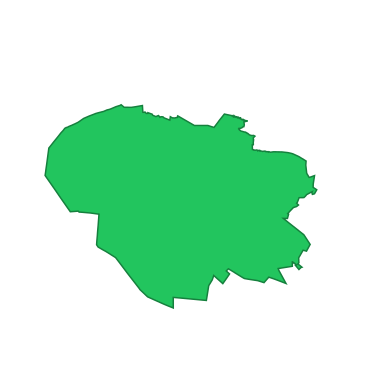 the district of Galeana, Nuevo León, Mexico, rotated 320°
{"feature_id": "50627088B33485633173857", "entity_name": "Galeana", "entity_type": "district", "adm_level": 2, "iso_a3": "MEX", "parent_name": "Mexico", "parent_adm1": "Nuevo León", "projection": "natural_earth1", "projection_center": [-100.187, 24.755], "detail": "fine", "context": "isolated", "style": "filled", "palette": "green", "viewbox_px": 384, "rotation_deg": 320, "n_neighbors": 0, "source": "geoboundaries", "source_scale": "gbopen_adm2", "svg_char_len": 5094}
<svg xmlns="http://www.w3.org/2000/svg" viewBox="0 0 384 384"><g transform="rotate(320 192 192)"><path d="M90.6,243.8L92.3,247.3L95.0,252.9L98.2,259.5L100.1,263.2L103.1,268.8L109.9,260.7L115.6,266.4L124.9,275.8L133.3,284.3L141.6,277.1L144.6,274.5L147.9,273.4L151.1,272.3L155.0,269.9L156.7,282.0L162.4,280.5L168.1,278.9L167.5,274.5L169.6,274.3L170.5,274.2L171.0,275.6L171.1,275.9L171.6,277.3L171.7,277.7L171.9,278.3L172.0,278.5L172.1,278.9L172.7,280.6L172.9,281.4L175.6,289.5L176.5,291.9L177.3,292.9L179.6,295.6L185.4,302.2L188.9,307.7L196.1,306.6L198.6,310.7L200.1,313.3L200.9,314.7L205.2,322.5L208.1,308.1L208.8,306.0L221.1,313.4L223.9,310.0L224.2,310.2L224.2,311.4L224.4,311.3L224.6,312.0L224.8,312.7L224.8,312.9L224.9,313.5L225.0,314.3L225.2,314.5L225.3,315.0L224.8,315.0L224.6,314.8L224.3,314.7L224.1,314.6L224.1,314.9L224.1,320.1L226.8,319.9L227.9,320.3L226.9,315.2L228.4,314.9L231.4,311.0L233.7,310.2L239.7,308.0L241.7,310.9L245.5,309.4L248.8,308.1L250.2,296.7L246.2,277.2L245.0,270.9L248.1,273.6L251.7,271.1L251.4,270.1L254.8,269.6L259.7,269.1L262.6,270.3L263.6,270.4L265.2,270.4L264.9,267.8L266.1,267.6L270.4,265.2L274.1,268.2L276.2,268.1L278.1,267.7L283.1,268.7L284.1,269.0L283.8,269.1L283.6,269.3L283.6,269.6L283.3,269.9L283.0,270.5L282.7,271.2L284.7,272.1L289.0,270.5L287.8,266.3L289.9,263.9L296.4,258.2L291.8,256.5L291.1,256.1L291.9,251.4L296.4,244.6L299.3,241.6L296.6,233.5L293.8,227.6L292.8,226.1L290.8,223.5L286.7,219.2L280.3,213.6L277.9,212.1L277.6,211.9L276.8,210.5L276.1,210.5L276.0,210.0L275.2,209.0L274.7,208.9L274.5,208.6L274.4,208.3L274.4,208.0L274.2,207.5L273.4,207.2L273.1,206.8L272.1,206.3L271.8,205.6L271.3,205.1L270.8,204.8L270.8,203.9L270.6,203.6L270.1,203.8L269.9,203.1L269.4,202.6L268.9,202.7L269.0,202.1L268.6,201.4L267.8,201.0L267.5,200.7L266.9,200.3L266.6,199.7L266.2,199.5L266.2,199.0L265.6,198.3L268.5,194.6L268.8,194.8L269.0,195.0L269.3,195.2L269.5,195.0L269.8,194.8L269.8,194.7L270.0,194.4L270.2,194.0L272.0,192.3L271.9,192.3L273.8,189.9L276.1,189.7L275.6,188.3L274.1,187.2L272.9,185.5L272.7,185.0L272.6,184.6L272.6,183.9L272.5,183.7L272.4,183.5L272.4,183.0L272.1,182.8L272.0,182.6L272.1,182.2L271.9,182.0L271.8,181.8L271.8,181.4L271.6,181.2L271.6,180.8L271.5,180.5L271.1,180.3L270.9,180.1L270.5,179.3L270.2,179.1L270.0,178.6L269.8,178.4L269.7,178.1L269.3,177.7L268.7,176.8L268.5,175.9L268.4,175.6L268.2,175.2L268.3,174.8L268.4,174.7L268.3,174.2L268.3,173.6L268.9,173.4L269.5,174.0L269.9,174.3L270.4,174.4L270.9,174.7L271.4,174.8L271.7,174.9L271.9,174.8L272.1,174.8L272.4,174.9L272.6,174.9L272.9,174.8L273.7,175.3L274.8,174.5L275.2,174.2L276.8,171.7L280.4,173.4L279.0,171.7L278.8,171.7L278.6,171.6L278.5,171.4L278.5,171.1L278.5,170.9L278.5,170.7L278.3,170.5L278.2,170.5L277.9,170.5L277.9,170.4L277.9,170.1L277.8,169.9L278.0,169.7L277.9,169.5L277.7,169.5L277.6,169.4L277.8,169.2L277.7,169.1L277.4,169.2L277.2,169.1L276.9,169.0L276.9,168.9L277.0,168.8L277.1,168.7L276.8,168.5L276.7,168.4L276.8,168.2L276.7,168.1L276.5,167.9L276.5,167.7L276.4,167.6L276.4,167.4L276.5,167.3L276.5,167.2L276.6,166.6L276.8,166.6L276.9,166.3L276.8,166.2L276.7,166.1L276.4,166.2L276.0,166.4L275.6,166.1L275.6,165.9L275.7,165.6L275.5,165.3L275.7,165.0L275.7,164.8L275.4,164.8L275.3,164.7L275.2,164.6L274.8,164.7L274.5,164.4L274.6,164.2L275.0,163.9L274.7,163.6L274.8,163.4L274.7,163.2L274.3,163.2L274.1,163.1L273.9,162.9L273.7,162.6L274.1,162.6L273.9,162.3L274.0,162.3L274.2,162.2L273.9,162.2L273.6,162.2L273.4,162.1L273.2,162.2L273.1,161.9L273.2,161.7L272.9,161.7L272.7,161.7L272.5,161.4L272.6,161.2L272.8,161.0L272.7,161.0L272.4,161.0L272.5,160.9L272.7,160.7L272.8,160.6L272.7,160.5L272.7,160.4L272.6,160.5L272.4,160.6L272.3,160.3L272.3,160.2L272.2,160.1L272.0,159.9L271.9,159.7L271.7,159.8L271.6,159.7L271.7,159.4L271.6,159.2L271.4,159.2L271.6,159.1L266.9,153.1L258.9,154.7L256.2,155.4L250.4,156.7L248.5,153.8L246.9,151.2L243.2,148.1L236.6,142.6L230.0,124.5L229.7,124.6L229.5,125.1L229.3,125.4L228.7,125.5L228.2,125.1L227.6,124.8L226.5,124.3L224.6,122.6L223.8,120.4L221.2,122.7L218.6,117.9L218.2,117.1L218.2,116.2L217.9,115.6L216.9,114.6L216.4,114.3L215.5,114.2L215.5,111.9L214.4,111.5L212.8,111.0L211.2,107.9L211.5,106.8L209.2,102.9L208.7,103.4L207.5,102.4L207.4,100.5L206.4,100.1L205.6,99.4L206.8,97.7L209.6,93.9L202.9,90.0L200.0,88.2L194.5,83.5L193.8,79.6L192.5,79.4L188.7,77.8L182.8,76.0L181.8,75.6L179.6,74.5L176.2,73.5L171.2,71.1L168.3,69.8L168.1,69.8L162.0,67.7L156.3,66.0L149.6,65.4L145.6,64.4L145.0,64.2L144.3,64.0L142.7,63.6L142.2,63.4L141.9,63.3L141.6,63.2L139.3,62.5L138.7,62.5L138.2,62.3L137.7,62.2L137.4,61.9L137.0,61.7L136.6,61.8L136.0,61.5L135.2,61.5L134.1,61.8L132.6,62.1L129.3,62.5L125.7,63.3L121.6,64.1L117.9,64.8L112.7,65.9L110.6,66.3L103.8,72.5L99.0,76.9L95.1,80.4L92.6,82.7L90.1,84.9L89.8,88.0L88.5,102.6L87.6,111.8L86.5,124.1L86.1,128.9L90.1,131.8L92.5,133.5L92.6,134.8L93.2,135.4L93.5,135.6L100.7,142.8L103.6,146.0L106.5,149.2L101.8,154.0L98.9,157.0L94.3,161.6L91.3,164.7L87.1,168.9L85.0,171.1L84.7,173.9L86.6,179.1L87.8,182.2L91.3,193.1L91.0,200.1L90.3,213.1L89.6,231.5L89.4,233.4L90.6,243.8Z" fill="#22c55e" stroke="#15803d" stroke-width="1.5"/></g></svg>